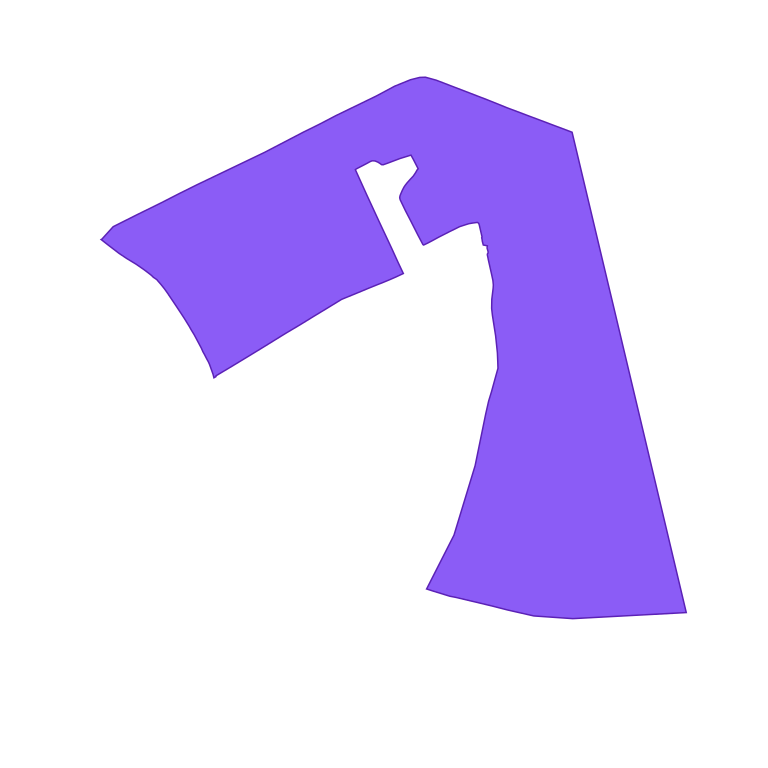 Ismailiyya 2, Al Isma`iliyah, Egypt (Mercator projection), rotated 77°
{"feature_id": "37247803B84345161552096", "entity_name": "Ismailiyya 2", "entity_type": "district", "adm_level": 2, "iso_a3": "EGY", "parent_name": "Egypt", "parent_adm1": "Al Isma`iliyah", "projection": "mercator", "projection_center": [32.27, 30.614], "detail": "fine", "context": "isolated", "style": "filled", "palette": "violet", "viewbox_px": 768, "rotation_deg": 77, "n_neighbors": 0, "source": "geoboundaries", "source_scale": "gbopen_adm2", "svg_char_len": 2421}
<svg xmlns="http://www.w3.org/2000/svg" viewBox="0 0 768 768"><g transform="rotate(77 384 384)"><path d="M339.0,546.1L338.8,546.0L338.2,545.8L337.9,544.9L336.3,539.9L331.8,526.0L327.0,511.4L322.1,496.7L317.1,481.9L314.3,473.7L312.1,467.1L307.3,452.1L302.3,437.3L297.4,422.4L292.4,407.5L292.2,406.9L292.0,406.2L291.6,403.9L289.8,392.7L287.3,377.9L285.7,367.9L285.0,363.0L283.7,355.3L282.4,348.3L280.7,340.3L268.3,343.0L254.0,345.9L239.1,349.1L224.7,352.2L195.6,358.3L168.7,363.7L168.3,362.8L168.0,361.9L166.4,355.6L165.2,351.0L164.2,347.5L163.9,345.8L164.0,344.7L164.7,342.5L166.5,340.0L168.4,338.1L169.7,337.1L169.9,336.4L170.2,335.6L169.7,331.1L167.9,317.7L167.2,308.1L167.1,307.1L167.1,306.2L172.1,304.8L182.0,302.3L182.4,302.9L182.8,303.5L185.2,305.7L188.0,308.7L190.2,312.0L193.0,316.0L195.2,318.7L196.7,320.3L199.4,322.6L203.1,325.3L204.5,326.2L205.3,326.5L206.1,326.8L208.1,326.8L220.1,324.1L230.2,321.5L246.4,317.5L256.9,314.7L257.2,314.4L257.5,314.1L256.5,309.6L255.2,304.7L253.3,297.9L250.3,285.9L248.3,277.4L247.7,274.9L247.2,269.3L246.9,265.3L247.1,261.6L247.5,257.3L247.6,256.9L247.7,256.4L248.8,255.6L249.5,255.5L250.2,255.4L262.8,255.4L263.2,255.7L263.4,255.9L264.8,255.9L267.1,256.1L270.9,256.0L272.6,252.2L274.7,253.0L278.6,252.8L279.8,253.2L280.1,253.5L280.7,254.1L281.9,254.3L284.0,254.3L286.4,254.4L302.3,254.5L307.6,254.6L312.1,255.2L315.2,256.1L325.7,259.9L334.5,262.1L341.4,262.9L362.2,264.4L379.1,266.5L388.2,268.2L394.3,269.4L402.0,273.6L415.7,281.0L424.2,285.9L436.2,291.7L484.1,313.6L547.0,349.8L592.0,387.5L592.6,388.0L593.1,388.4L593.3,388.6L597.2,382.1L605.6,367.6L607.8,362.6L624.6,328.7L629.1,320.0L632.0,314.4L643.7,290.2L655.1,252.8L674.7,140.9L359.3,142.9L335.2,143.1L181.0,144.1L142.5,202.0L130.2,219.6L99.7,264.8L94.4,274.6L93.3,280.2L93.5,289.8L96.2,306.6L101.7,326.9L111.6,370.2L116.5,389.1L120.4,405.7L131.6,449.0L147.7,521.0L152.3,540.3L157.3,560.2L163.4,586.2L169.8,612.5L179.4,626.3L179.5,626.7L179.6,627.1L185.7,622.2L197.1,612.8L203.7,606.6L211.3,598.8L218.2,592.5L222.7,588.7L225.3,586.6L227.3,585.2L227.7,585.0L228.1,584.8L229.2,583.7L231.3,581.8L232.0,581.5L232.6,581.2L236.7,579.0L241.9,576.5L248.2,573.9L248.7,573.8L249.1,573.6L262.5,568.5L268.4,566.3L274.6,564.0L283.7,560.9L287.8,559.7L293.2,557.9L308.0,553.9L311.8,553.2L314.5,552.4L319.6,551.1L323.1,550.1L325.7,549.6L336.0,548.4L339.7,548.3L339.0,546.1Z" fill="#8b5cf6" stroke="#5b21b6" stroke-width="1.5"/></g></svg>